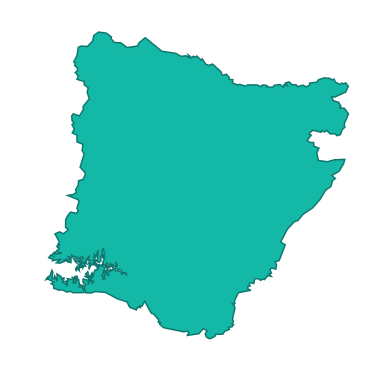 Sragen, Jawa Tengah, Indonesia (Equal Earth projection), rotated 282°
{"feature_id": "22746128B28263166501815", "entity_name": "Sragen", "entity_type": "district", "adm_level": 2, "iso_a3": "IDN", "parent_name": "Indonesia", "parent_adm1": "Jawa Tengah", "projection": "equal_earth", "projection_center": [110.906, -7.392], "detail": "fine", "context": "isolated", "style": "filled", "palette": "teal", "viewbox_px": 384, "rotation_deg": 282, "n_neighbors": 0, "source": "geoboundaries", "source_scale": "gbopen_adm2", "svg_char_len": 5784}
<svg xmlns="http://www.w3.org/2000/svg" viewBox="0 0 384 384"><g transform="rotate(282 192 192)"><path d="M76.9,257.9L87.0,258.2L90.5,256.6L91.1,254.8L92.3,257.1L94.0,256.1L103.2,258.3L108.2,270.1L108.4,267.2L110.8,266.1L112.3,268.4L114.0,267.0L115.5,267.9L115.3,271.5L120.0,271.4L121.0,274.7L119.9,277.7L121.4,278.9L121.4,281.2L126.1,283.7L126.0,287.0L128.0,284.5L129.1,286.5L132.4,284.4L134.2,285.8L134.0,290.1L138.6,289.7L141.0,287.8L143.0,291.5L159.7,294.2L161.5,289.1L175.4,293.0L184.2,298.2L186.1,301.5L193.3,305.3L201.7,313.4L211.3,318.8L221.5,322.3L226.3,326.7L232.5,327.1L235.0,329.4L237.3,325.3L242.8,331.5L251.1,334.4L255.7,334.7L253.1,324.6L249.8,318.4L249.1,309.1L256.0,305.9L261.3,307.1L262.2,301.7L265.7,300.7L265.0,296.9L266.3,293.9L272.4,296.8L273.0,294.7L274.3,294.7L277.5,297.4L277.3,305.9L279.0,306.1L278.3,309.2L280.2,310.9L277.6,315.0L278.6,319.5L277.2,322.4L279.1,325.2L284.2,325.9L287.1,328.1L290.0,326.7L301.0,328.8L305.6,323.5L304.9,319.1L306.9,319.8L310.2,316.8L310.7,311.1L314.4,308.8L314.5,311.8L321.7,321.5L327.9,322.9L330.7,319.6L329.4,318.1L329.7,315.8L327.9,314.2L329.5,309.1L331.9,307.7L330.8,305.1L331.8,303.4L331.1,297.5L327.9,292.2L325.5,291.5L323.0,284.4L321.5,285.0L318.5,282.0L319.6,278.5L317.0,273.3L318.4,271.9L317.9,267.0L319.9,264.2L318.1,260.7L315.9,262.9L316.3,259.7L313.7,259.7L315.4,255.7L313.5,250.3L311.2,249.2L310.4,243.2L311.6,243.3L311.8,241.6L311.2,238.4L309.4,238.0L310.2,233.4L308.4,224.4L306.7,222.5L307.2,216.4L306.2,213.8L307.2,208.8L310.4,208.6L309.8,205.0L312.0,204.5L314.4,201.0L312.7,198.4L313.3,196.5L315.4,195.7L321.4,185.5L319.4,182.2L319.9,178.8L324.3,174.3L323.0,173.2L326.0,168.4L324.6,167.4L325.0,164.9L323.2,163.7L325.3,159.8L322.9,161.1L324.0,157.9L322.4,153.0L324.2,147.5L323.4,133.2L333.2,114.2L327.0,109.2L323.5,108.4L319.8,98.6L323.1,91.3L322.1,85.1L325.1,80.9L326.9,81.0L329.6,75.2L329.0,67.4L324.7,63.4L319.2,63.5L312.6,59.5L311.7,53.1L309.9,50.7L301.4,51.1L294.6,49.3L293.5,51.2L291.3,51.0L289.3,54.3L286.5,54.7L284.7,52.9L281.9,56.6L278.3,56.1L277.6,63.7L274.4,64.3L272.5,68.7L267.5,68.8L261.9,72.2L253.0,67.7L249.9,68.6L243.0,66.1L243.8,59.6L241.5,58.5L236.7,59.9L235.0,62.4L232.9,60.6L229.2,63.8L224.9,62.6L223.7,67.7L217.1,69.1L216.0,75.4L209.7,75.9L206.8,78.6L193.0,77.4L188.8,83.2L186.6,84.0L181.6,82.7L179.4,78.7L174.7,79.3L169.9,77.6L167.6,79.1L165.0,76.6L162.8,71.2L160.9,81.9L159.2,83.4L152.2,82.8L149.9,84.6L147.1,83.4L147.1,77.4L142.9,75.3L138.6,74.2L131.0,75.7L129.7,78.7L127.8,77.7L124.4,74.6L125.5,70.7L122.5,66.7L115.7,72.6L111.4,71.4L112.2,73.0L110.2,71.7L109.6,73.9L105.6,71.5L105.0,77.3L103.5,72.8L104.3,70.2L102.9,71.0L103.4,69.1L101.4,68.2L100.3,69.4L100.9,66.9L98.0,65.5L97.0,70.3L95.8,69.9L99.1,77.9L94.6,74.0L94.9,77.5L97.5,81.6L98.9,81.1L98.4,83.7L100.7,82.2L99.1,84.1L100.1,85.9L97.8,85.2L97.8,88.3L102.0,87.4L101.8,85.3L102.9,84.3L103.0,89.0L105.9,86.8L104.3,89.0L104.6,92.0L101.9,90.5L102.7,94.2L104.0,94.4L103.0,95.0L106.3,98.3L104.6,99.5L102.6,96.6L101.6,97.8L100.3,91.7L98.8,93.6L100.3,93.8L100.4,97.1L99.3,96.3L99.6,98.0L98.5,97.7L99.3,99.4L97.1,98.5L97.4,96.0L95.5,97.9L94.3,96.8L95.6,95.3L92.7,94.1L91.0,95.1L93.3,96.3L91.8,98.1L93.9,97.3L95.7,99.9L96.6,98.7L97.1,100.7L95.3,101.1L97.4,101.8L97.3,103.3L101.0,100.5L99.8,104.0L103.2,102.3L108.4,105.1L103.4,104.3L103.8,106.3L100.7,105.8L101.6,108.2L100.2,106.5L94.9,107.2L99.4,108.2L100.5,110.9L101.3,110.4L99.6,113.8L101.9,113.7L101.9,110.5L103.4,111.0L103.2,112.9L104.6,109.5L105.1,112.4L107.7,109.5L108.2,111.6L108.5,110.4L110.6,109.5L109.2,111.5L115.6,112.3L104.3,113.7L103.8,115.7L105.8,117.2L110.1,116.2L112.7,117.3L113.9,116.5L117.4,116.5L118.0,116.8L118.2,117.2L113.1,119.0L110.6,117.3L112.4,119.2L110.2,118.8L110.2,119.9L109.9,120.1L109.7,118.0L107.8,120.2L104.6,119.2L102.2,121.0L102.3,122.6L105.9,123.7L102.6,123.6L102.3,124.9L101.5,122.8L100.2,123.7L101.6,127.5L104.0,126.8L102.5,128.9L104.7,128.0L104.7,129.7L102.4,130.5L103.8,132.8L106.9,132.3L105.0,134.2L101.1,132.7L101.1,138.8L99.0,140.1L99.0,144.6L97.6,145.1L98.8,142.4L96.3,140.2L98.1,140.7L99.7,136.1L98.8,134.1L101.2,131.0L98.7,130.2L99.2,128.3L97.7,129.7L98.4,128.3L96.7,127.8L99.6,125.0L96.4,124.8L92.9,128.5L93.8,125.6L97.0,123.4L95.7,122.4L88.8,124.9L88.1,123.0L91.4,122.9L91.2,121.4L100.1,122.5L100.6,120.2L102.8,119.4L101.0,118.1L102.1,115.7L100.2,117.6L100.8,115.8L99.1,116.3L100.8,114.4L96.2,115.6L95.4,113.2L90.1,112.8L92.2,111.1L90.5,110.6L89.9,112.7L89.0,112.7L89.6,110.8L89.2,110.4L87.3,113.0L88.6,108.4L92.4,106.6L89.5,104.9L87.4,108.6L87.2,104.1L86.2,108.6L85.0,109.1L86.1,111.2L84.5,112.2L84.1,115.1L83.8,112.7L81.5,113.8L83.9,111.8L84.6,110.0L79.7,109.9L84.0,108.7L84.3,103.5L81.1,104.1L79.1,107.3L77.3,106.3L71.3,108.8L72.2,114.1L74.5,118.1L75.8,128.2L72.1,141.0L71.0,151.3L66.3,155.0L65.1,162.1L67.9,162.8L68.2,165.5L69.6,164.5L69.9,166.8L75.3,168.5L65.0,177.3L64.7,179.8L59.9,186.1L57.6,186.1L57.6,188.4L56.1,187.6L53.4,192.5L53.5,212.6L54.9,216.8L54.0,218.1L50.8,217.3L54.8,228.2L60.7,231.4L59.6,235.5L55.9,234.4L53.2,236.2L52.1,239.1L52.8,241.1L55.7,244.5L57.5,244.5L59.4,251.8L62.4,252.8L65.5,257.2L67.5,255.9L68.4,259.1L70.9,260.2L71.5,258.4L73.5,259.4L76.9,257.9ZM71.1,106.9L75.1,107.0L74.3,105.4L77.6,104.8L76.1,104.0L75.8,101.2L77.9,103.1L78.0,101.1L83.1,99.2L83.1,95.6L84.8,97.7L85.8,96.8L84.8,94.9L83.4,95.3L83.7,91.9L81.3,97.5L80.3,95.6L78.8,97.0L78.5,94.2L80.0,94.9L81.5,93.9L81.3,88.1L79.7,89.4L78.2,86.6L78.1,88.5L75.3,89.7L74.2,89.0L76.6,87.6L75.9,86.7L77.7,83.7L79.2,84.6L79.8,82.8L80.8,84.8L81.4,84.6L80.1,82.4L82.0,81.5L83.8,77.0L76.7,78.8L81.3,75.1L78.3,74.9L78.7,72.9L84.7,72.6L86.2,71.2L80.9,70.6L78.9,68.7L78.1,70.1L78.2,68.3L75.9,67.4L76.9,69.1L75.1,75.7L73.1,73.3L71.8,76.4L69.1,76.7L68.3,82.4L69.3,85.4L68.1,90.7L69.6,93.7L68.7,96.5L71.1,106.9Z" fill="#14b8a6" stroke="#0f766e" stroke-width="1.5"/></g></svg>